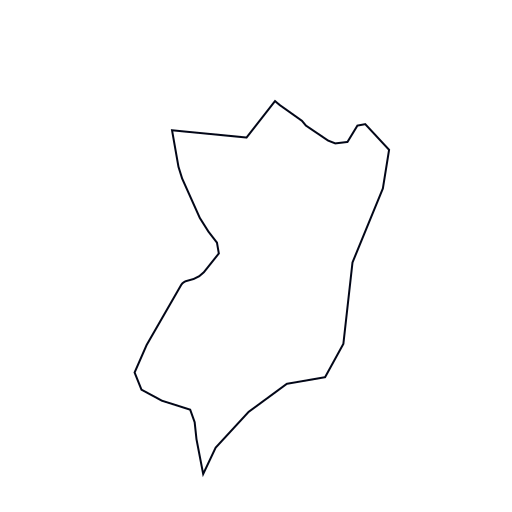 an SVG outline of Genève, rotated 326°
{"feature_id": "CHE-159", "entity_name": "Genève", "entity_type": "Canton", "adm_level": 1, "iso_a3": "CHE", "parent_name": "Switzerland", "parent_adm1": "", "projection": "albers", "projection_center": [6.105, 46.231], "detail": "fine", "context": "isolated", "style": "outline", "palette": "ink", "viewbox_px": 512, "rotation_deg": 326, "n_neighbors": 0, "source": "natural_earth", "source_scale": "10m", "svg_char_len": 666}
<svg xmlns="http://www.w3.org/2000/svg" viewBox="0 0 512 512"><g transform="rotate(326 256 256)"><path d="M197.7,241.0L203.7,240.3L226.6,233.1L231.1,223.1L230.2,209.2L230.7,193.0L238.1,150.4L241.6,138.7L256.7,104.8L266.8,113.2L314.4,152.5L358.4,138.2L360.1,144.2L369.7,169.7L370.3,175.8L380.3,200.6L384.7,207.0L395.6,212.6L413.0,204.6L420.3,207.8L425.7,242.4L398.9,271.0L332.4,315.3L279.3,377.7L245.5,395.1L210.1,379.2L162.7,381.1L115.4,392.3L90.3,407.2L104.2,374.6L112.2,359.5L115.5,346.6L97.1,323.4L86.3,302.8L90.2,284.7L115.6,268.6L177.9,238.1L179.7,237.5L181.4,237.4L183.3,237.5L191.5,240.2L197.7,241.0Z" fill="none" stroke="#020617" stroke-width="2"/></g></svg>